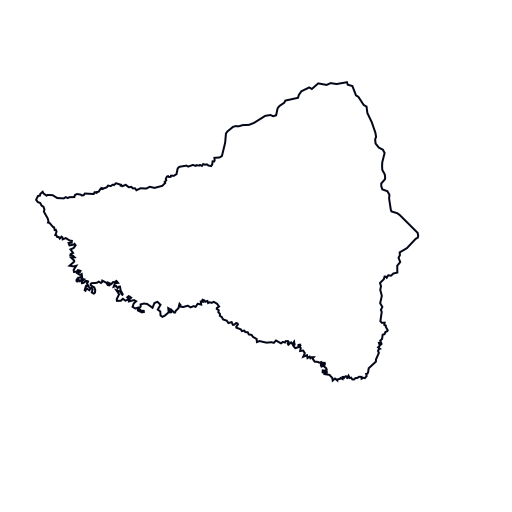 outline of Chigorodó, Antioquia, Colombia, rotated 331°
{"feature_id": "7082276B26986898364485", "entity_name": "Chigorodó", "entity_type": "district", "adm_level": 2, "iso_a3": "COL", "parent_name": "Colombia", "parent_adm1": "Antioquia", "projection": "albers", "projection_center": [-76.703, 7.613], "detail": "fine", "context": "isolated", "style": "outline", "palette": "ink", "viewbox_px": 512, "rotation_deg": 331, "n_neighbors": 0, "source": "geoboundaries", "source_scale": "gbopen_adm2", "svg_char_len": 6073}
<svg xmlns="http://www.w3.org/2000/svg" viewBox="0 0 512 512"><g transform="rotate(331 256 256)"><path d="M419.8,148.1L409.9,144.7L405.1,141.0L400.7,140.6L394.1,135.2L385.8,137.0L384.3,134.4L375.6,133.9L371.6,135.9L369.4,138.0L357.0,134.3L355.1,135.6L349.1,136.2L346.5,137.3L341.8,142.7L338.8,142.1L337.0,139.7L332.0,137.9L318.8,138.6L313.4,137.9L307.9,135.1L303.5,134.1L301.3,132.6L298.5,131.9L291.4,133.2L289.1,134.3L284.0,141.9L274.7,152.0L272.0,152.2L267.2,150.0L266.2,152.3L265.2,153.0L263.9,152.2L262.0,154.8L260.3,155.6L258.2,153.7L257.4,152.0L255.7,151.5L254.4,150.0L252.4,151.0L251.1,149.2L250.0,149.3L248.0,147.7L247.0,148.0L245.0,145.8L240.0,144.9L238.9,143.2L232.1,140.8L230.0,141.4L226.1,145.9L222.9,146.0L220.6,144.5L219.7,145.4L218.1,144.6L217.8,143.5L216.5,143.4L214.5,144.8L214.2,146.3L212.1,146.9L212.0,148.1L208.0,149.2L200.2,147.2L196.7,144.0L192.7,143.8L187.9,140.8L183.3,140.5L183.0,138.2L181.1,137.1L180.4,135.0L178.1,134.2L176.6,130.6L172.8,130.1L172.6,128.7L171.8,128.7L172.1,127.9L168.8,124.5L166.2,125.1L165.3,124.2L162.8,124.4L160.7,122.7L158.9,123.6L155.4,123.0L154.1,121.9L153.9,122.8L152.6,121.9L149.5,123.5L147.4,122.7L147.0,123.4L145.7,122.0L144.1,123.1L136.6,118.4L134.7,119.3L133.0,118.6L132.4,117.3L129.5,115.0L127.1,114.9L125.7,116.4L121.3,114.1L119.5,114.1L118.1,112.3L115.8,112.4L110.3,109.0L107.6,104.2L103.4,101.6L102.1,101.7L100.5,98.4L100.5,96.4L97.5,97.1L96.3,98.4L94.4,97.8L90.9,100.3L91.3,103.0L93.0,105.1L92.9,108.1L94.0,109.8L93.5,112.7L92.0,114.4L92.0,122.3L91.3,125.1L90.3,125.9L91.5,127.1L92.5,132.2L93.3,133.0L92.5,135.7L93.6,136.1L93.3,138.1L90.6,140.4L91.5,141.2L91.3,142.9L92.7,143.8L92.8,145.6L95.2,144.8L95.7,145.8L95.0,147.7L98.3,148.1L100.6,152.2L102.3,153.5L101.2,155.0L98.4,153.8L98.0,156.3L102.1,157.7L103.2,157.4L103.4,159.2L100.4,160.6L96.9,160.3L97.5,164.6L94.7,164.5L93.8,165.6L96.0,166.9L96.7,169.2L93.6,168.0L94.7,171.8L94.3,172.8L88.2,174.1L91.3,176.6L94.1,177.4L89.7,179.8L89.1,181.8L91.6,182.7L93.5,182.0L95.3,183.9L94.1,184.7L92.2,183.7L91.2,184.2L93.0,187.3L94.8,187.3L93.4,190.8L92.6,191.0L92.2,189.4L89.3,189.0L87.3,190.0L86.9,191.2L87.5,191.7L89.4,189.8L89.4,192.4L93.2,192.1L94.3,193.1L91.0,193.8L90.6,195.4L92.3,195.9L95.0,195.2L96.7,196.5L96.7,197.1L95.0,197.5L94.8,201.9L93.8,199.9L92.9,199.6L89.6,202.8L90.0,203.7L92.0,202.1L93.7,205.2L95.5,203.9L96.7,204.1L96.8,206.1L94.7,208.3L95.9,210.3L97.5,209.9L99.0,207.6L99.3,205.0L97.2,201.6L98.0,200.2L99.0,200.1L103.8,202.3L106.1,202.2L107.3,204.4L108.6,204.2L109.6,203.0L112.1,206.8L112.3,209.6L113.5,210.6L114.3,210.4L112.9,208.8L113.6,207.5L115.9,210.4L118.3,209.5L119.6,210.3L121.8,210.1L122.3,212.6L119.4,211.5L116.6,213.9L119.1,214.4L119.4,217.0L121.3,216.3L122.2,216.8L120.9,220.5L120.9,224.8L120.3,225.1L120.0,224.4L120.1,221.4L117.3,218.3L117.7,223.1L113.3,226.2L112.6,227.8L116.0,229.6L118.8,228.9L120.2,231.8L124.1,232.1L123.4,229.7L125.3,229.4L126.6,231.9L123.3,232.9L122.8,234.1L127.9,235.4L129.2,237.5L126.1,238.2L123.4,240.6L125.1,243.5L127.6,243.9L126.3,246.4L128.9,250.0L130.8,250.6L131.2,249.6L128.8,247.9L128.1,245.1L130.6,244.3L131.6,242.4L134.8,243.2L137.5,245.1L140.4,251.1L144.4,247.9L147.6,248.3L148.8,252.4L144.1,255.2L145.4,258.1L143.7,261.7L144.6,263.8L147.1,264.0L152.3,262.9L154.0,259.1L155.0,260.8L153.8,263.8L154.6,264.1L156.0,262.4L157.0,265.8L157.9,266.2L159.1,265.1L162.8,264.1L165.9,260.8L166.2,262.3L165.1,263.4L167.5,265.3L172.2,266.4L173.9,269.2L177.2,269.6L178.5,271.2L181.9,269.5L184.5,271.9L185.6,269.1L187.3,270.3L187.5,268.7L188.2,268.4L189.4,270.0L189.5,271.4L191.7,271.8L191.3,273.9L193.0,274.0L194.6,275.5L196.8,275.6L198.8,278.9L199.2,282.3L196.6,282.5L196.0,283.2L197.1,285.4L195.8,286.9L196.4,289.1L195.4,290.8L196.5,292.8L196.4,295.5L199.1,298.4L199.4,301.3L202.6,302.0L202.4,305.0L203.5,305.5L206.1,305.0L207.1,305.9L207.0,307.1L204.4,308.3L204.1,309.2L207.1,312.7L207.3,314.9L209.5,315.5L209.8,317.4L211.8,318.7L211.7,321.1L213.9,322.9L214.1,325.2L216.3,328.9L215.1,331.7L217.8,332.1L223.2,336.9L227.7,338.9L229.5,340.6L232.5,339.6L235.5,344.5L237.8,344.2L239.5,345.7L240.6,344.9L242.7,345.9L242.9,346.8L241.3,348.0L241.3,349.3L244.8,348.6L245.2,350.9L247.7,349.5L246.8,352.2L245.1,352.7L245.7,355.7L248.9,356.3L250.0,354.4L251.6,354.9L251.5,355.8L250.3,356.3L250.5,358.2L248.6,360.5L251.4,361.6L251.6,364.6L248.5,367.0L252.5,367.5L251.6,370.2L254.1,370.0L254.0,371.6L255.0,371.2L257.4,372.5L255.7,373.1L256.1,376.9L258.6,378.5L259.6,380.0L261.5,380.4L259.6,383.3L259.7,384.5L261.0,384.5L262.7,381.9L264.2,382.7L264.1,383.6L262.0,385.6L263.0,388.3L262.7,389.7L260.7,389.7L258.9,388.4L257.9,390.0L258.2,390.5L260.3,390.1L261.8,391.5L261.2,392.5L259.5,391.8L258.7,392.5L262.6,395.6L263.6,399.6L262.7,402.1L265.7,401.5L266.8,404.3L267.4,403.4L269.9,404.2L270.8,403.7L272.0,405.5L273.0,403.8L273.8,404.1L273.9,405.3L275.9,404.6L277.3,405.5L276.2,407.6L278.9,405.6L278.8,408.1L280.2,408.5L280.4,410.6L281.7,411.5L284.0,411.0L285.2,411.8L287.6,411.6L289.7,412.9L288.9,414.5L290.9,414.6L292.0,415.6L294.6,414.6L295.1,412.6L296.4,412.9L297.6,412.1L300.2,408.8L309.7,406.5L310.7,404.7L316.5,400.3L316.7,398.2L318.4,397.0L319.4,397.2L318.5,395.1L321.9,394.1L321.0,393.5L321.4,391.6L323.3,392.8L323.6,390.3L326.0,389.7L328.7,386.2L330.5,386.7L332.4,385.2L334.3,385.4L335.2,384.8L335.2,380.7L335.8,379.8L334.8,378.4L336.2,376.7L333.6,375.4L333.2,373.3L338.9,365.8L339.1,363.7L341.8,361.8L341.7,357.5L346.7,351.9L348.3,345.8L350.7,343.0L351.4,339.7L356.5,338.3L358.5,336.3L359.4,336.8L359.8,338.4L362.3,337.0L364.6,338.7L367.6,337.9L371.6,339.0L374.8,333.0L379.2,331.2L379.8,326.7L382.3,325.0L383.4,322.5L391.8,322.3L404.0,318.4L406.3,318.4L407.6,317.1L408.6,314.1L401.6,289.9L400.3,287.1L396.1,282.7L396.3,281.0L400.3,270.2L402.4,267.1L402.3,263.0L398.8,259.0L399.4,255.7L400.7,253.3L406.0,251.4L406.9,250.2L408.2,247.0L408.2,241.9L409.8,238.6L411.9,235.2L418.4,228.3L418.5,224.5L416.0,220.8L415.1,215.7L416.7,211.8L418.8,210.0L420.2,206.0L422.1,195.1L422.7,185.0L425.1,178.9L423.4,176.1L422.7,166.4L421.3,164.0L422.7,154.1L419.3,150.7L419.8,148.1Z" fill="none" stroke="#020617" stroke-width="2"/></g></svg>